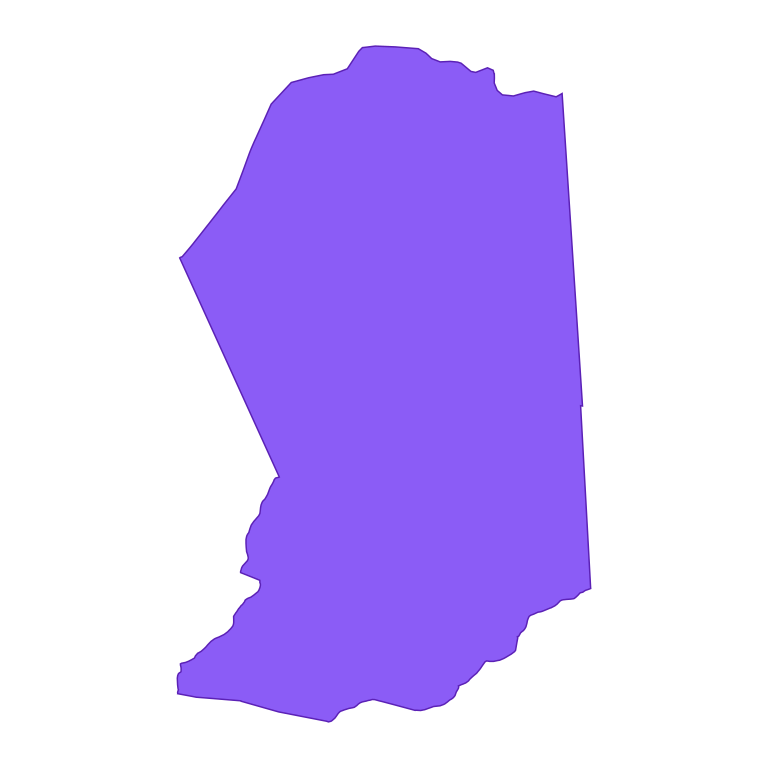 outline of Au Leon, Dennery, Saint Lucia
{"feature_id": "8701671B69175081288575", "entity_name": "Au Leon", "entity_type": "district", "adm_level": 2, "iso_a3": "LCA", "parent_name": "Saint Lucia", "parent_adm1": "Dennery", "projection": "robinson", "projection_center": [-60.906, 13.953], "detail": "fine", "context": "isolated", "style": "filled", "palette": "violet", "viewbox_px": 768, "rotation_deg": 0, "n_neighbors": 0, "source": "geoboundaries", "source_scale": "gbopen_adm2", "svg_char_len": 4597}
<svg xmlns="http://www.w3.org/2000/svg" viewBox="0 0 768 768"><path d="M179.7,257.9L279.3,477.0L278.7,477.3L277.8,477.5L276.0,477.9L275.4,478.2L274.1,479.9L273.9,480.6L273.6,481.4L272.8,483.0L272.1,484.3L271.3,485.6L270.8,486.3L269.9,488.2L267.6,494.4L265.8,497.6L264.8,499.2L263.1,500.8L262.4,501.8L261.9,502.8L261.1,504.9L260.8,506.4L260.6,507.4L260.2,511.3L259.9,513.5L258.7,515.8L256.5,518.3L255.5,519.5L253.9,521.3L251.7,524.4L251.2,525.2L250.2,528.0L250.0,528.5L248.8,532.6L247.6,534.2L246.7,536.1L246.2,538.5L246.0,539.6L246.0,543.2L246.2,547.2L246.6,551.7L247.6,554.6L247.9,556.0L248.2,557.1L248.2,558.6L247.9,559.7L247.0,561.2L246.1,562.1L245.4,562.9L244.5,563.9L242.6,566.0L241.7,567.7L241.4,568.7L241.0,570.2L240.6,571.4L240.6,572.6L259.8,580.3L259.9,581.7L259.9,582.7L260.4,583.9L260.4,585.4L260.0,587.4L258.9,590.2L257.7,592.0L257.2,592.3L256.1,593.2L253.9,595.0L251.8,596.5L250.8,597.2L248.1,598.2L246.7,599.0L245.2,600.1L244.6,601.5L244.4,602.0L243.8,602.7L242.4,604.6L241.2,605.5L240.1,607.0L239.4,607.9L238.7,608.6L237.2,611.0L236.7,611.8L235.8,612.9L234.6,614.8L234.1,615.5L233.6,616.5L233.7,619.3L233.7,622.5L233.6,623.1L233.5,624.0L232.9,625.9L232.0,627.1L230.4,629.1L229.9,629.5L227.7,631.8L224.1,634.5L219.0,637.0L217.4,637.6L215.9,638.2L215.0,638.6L214.0,639.2L211.0,641.4L208.0,644.5L206.3,646.5L205.7,647.2L203.6,649.2L201.2,651.3L199.1,652.5L198.6,652.8L197.7,653.2L196.6,654.5L195.4,655.9L195.1,656.6L194.4,658.1L192.6,659.1L191.8,659.6L190.8,660.1L188.7,661.2L186.9,661.9L185.7,662.4L182.8,663.0L181.7,663.2L180.4,663.9L180.5,664.9L180.5,665.3L180.8,666.3L181.1,668.1L181.1,671.2L180.8,671.9L180.5,672.3L179.7,672.6L178.5,673.6L177.7,675.5L177.3,678.1L177.6,684.8L178.0,688.3L178.2,689.3L178.4,689.6L177.7,692.0L177.6,692.4L177.8,693.2L177.7,693.7L192.2,696.4L196.2,697.2L206.5,698.0L240.8,700.8L241.0,701.2L278.6,711.9L326.4,721.2L328.5,721.9L331.1,721.2L332.0,720.6L333.4,719.4L334.9,718.1L336.3,716.2L338.3,713.3L339.9,711.7L340.7,711.2L341.9,710.8L344.5,709.8L346.8,709.1L349.0,708.4L352.2,707.8L352.7,707.7L354.3,707.3L356.1,706.0L356.5,705.8L358.5,703.9L360.3,702.7L362.4,701.9L364.6,701.4L366.1,701.1L367.7,700.6L368.1,700.5L369.1,700.3L370.0,700.2L370.6,700.0L371.6,699.7L372.2,699.5L374.7,699.6L379.8,701.0L381.2,701.3L393.3,704.5L415.2,710.4L415.6,710.2L420.7,710.5L423.5,709.9L424.7,709.7L426.9,708.9L429.7,707.9L430.9,707.5L433.6,706.5L440.1,705.8L441.9,705.1L443.3,704.6L444.8,703.9L447.5,701.9L449.7,700.0L451.2,699.2L451.7,698.9L453.4,697.6L455.0,695.6L456.2,692.2L456.4,691.8L457.3,690.3L457.7,689.6L458.4,688.4L458.7,686.9L458.4,685.9L460.6,685.0L461.2,684.7L463.2,684.0L464.5,683.4L465.6,683.0L466.6,682.3L468.5,680.9L469.7,679.3L471.8,677.3L473.7,675.6L474.8,674.7L476.3,673.5L476.8,673.0L477.3,672.4L477.8,671.7L478.6,670.8L479.5,669.7L480.3,668.7L481.5,666.9L483.0,664.7L485.0,661.9L485.5,661.5L486.0,661.3L486.6,660.9L489.8,661.4L493.5,661.4L497.8,660.5L499.7,660.2L503.2,658.7L503.7,658.5L504.6,658.0L505.7,657.4L509.7,655.0L511.1,654.2L514.6,651.6L515.6,650.2L515.7,649.4L516.9,642.4L517.7,638.1L517.5,637.2L517.4,636.6L518.5,636.5L519.3,635.2L520.6,632.8L521.7,631.9L522.1,631.5L522.8,631.0L523.4,630.6L524.9,628.7L525.6,627.4L525.9,626.9L526.2,625.9L527.0,622.9L527.3,621.1L527.6,620.0L528.3,618.1L529.2,616.3L530.8,615.2L533.8,614.1L537.9,612.2L538.5,612.1L540.1,611.9L541.7,611.5L543.3,610.9L550.0,608.1L551.1,607.8L551.4,607.6L554.9,605.8L555.9,605.0L556.8,604.4L559.6,601.5L560.0,601.0L561.1,600.4L561.8,600.1L563.3,599.7L563.9,599.7L566.4,599.4L570.7,599.1L572.9,598.8L574.0,598.6L575.4,597.6L576.2,596.9L578.1,595.1L578.3,594.8L580.2,592.8L582.8,592.2L584.3,591.1L585.2,590.5L586.2,590.1L586.8,589.9L587.2,589.8L588.9,589.2L590.7,588.5L590.6,587.5L580.6,405.7L582.5,406.0L562.1,93.5L561.1,94.1L557.1,96.3L556.1,96.8L543.8,93.8L533.7,91.1L528.3,92.1L525.4,92.6L521.0,93.8L516.1,95.2L513.4,96.0L508.8,95.5L502.4,94.9L497.2,90.4L496.0,87.4L494.4,83.5L494.2,82.9L494.4,78.2L494.3,73.2L494.1,73.8L493.2,70.3L487.5,67.8L475.7,72.4L470.9,71.4L464.7,66.2L461.1,63.2L459.5,62.7L457.7,62.1L450.3,61.4L440.2,61.9L431.7,58.6L426.0,53.2L418.3,48.7L395.3,46.9L375.2,46.1L366.1,47.2L362.4,47.6L358.8,51.3L347.3,68.8L337.5,72.6L333.2,74.3L332.0,74.3L323.7,74.7L312.8,76.9L308.5,77.8L305.9,78.5L291.3,82.5L271.2,104.1L264.3,119.6L256.0,137.9L254.4,141.3L251.4,148.2L249.8,152.2L249.2,153.8L243.9,168.4L242.8,171.4L241.9,173.8L236.2,188.9L223.4,205.0L217.5,212.7L208.1,224.7L207.2,225.8L200.0,235.0L195.0,241.3L193.3,243.5L190.6,246.8L186.4,251.8L182.2,256.7L181.4,257.0L180.3,257.4L179.7,257.9Z" fill="#8b5cf6" stroke="#5b21b6" stroke-width="1.5"/></svg>